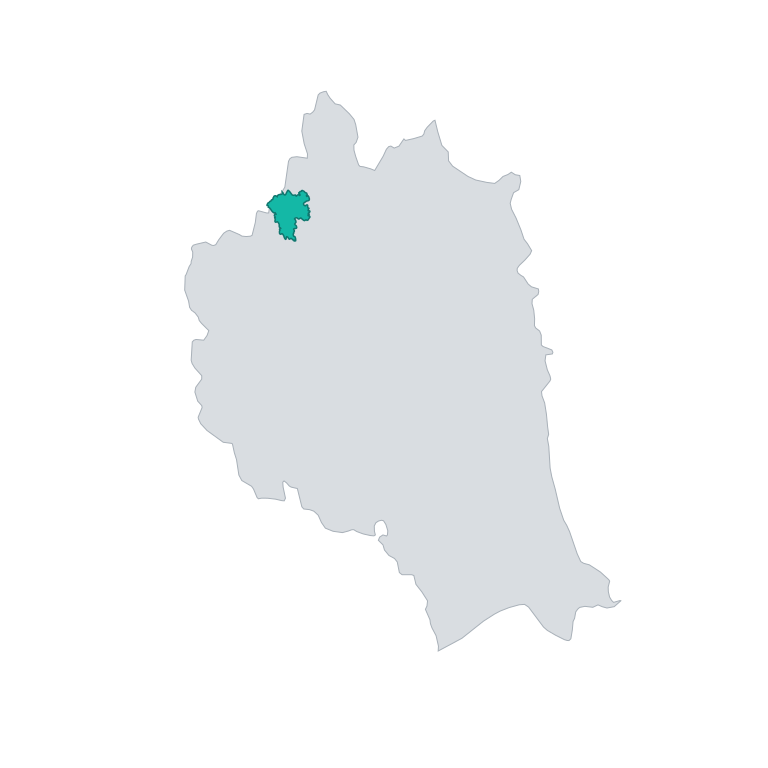 Horki, Mogilev, Belarus (highlighted), rotated 254°
{"feature_id": "67162791B10713618148259", "entity_name": "Horki", "entity_type": "district", "adm_level": 2, "iso_a3": "BLR", "parent_name": "Belarus", "parent_adm1": "Mogilev", "projection": "equal_earth", "projection_center": [30.973, 54.207], "detail": "fine", "context": "in_parent", "style": "filled", "palette": "teal", "viewbox_px": 768, "rotation_deg": 254, "n_neighbors": 0, "source": "geoboundaries", "source_scale": "gbopen_adm2", "svg_char_len": 8843}
<svg xmlns="http://www.w3.org/2000/svg" viewBox="0 0 768 768"><g transform="rotate(254 384 384)"><path d="M623.5,505.7L611.6,505.2L597.4,505.4L589.4,509.7L580.7,507.6L574.5,510.0L560.3,522.0L554.8,528.4L549.5,538.3L546.3,545.7L548.1,550.8L550.7,555.6L551.2,560.8L552.5,564.8L549.0,567.8L547.0,572.0L541.0,571.3L533.7,567.2L532.2,561.3L526.5,557.2L522.9,555.1L516.8,554.8L507.0,556.7L494.2,558.1L484.6,558.5L479.3,560.6L471.5,562.7L468.5,560.2L464.3,553.6L460.8,546.9L458.5,544.0L456.3,543.2L453.7,543.4L450.7,545.5L448.5,547.6L440.4,550.1L436.8,552.5L432.8,558.6L430.2,558.2L427.6,556.8L424.6,549.9L420.4,548.4L413.7,548.3L405.3,546.8L398.6,544.7L396.1,545.2L392.0,548.2L387.6,548.6L378.1,546.0L376.2,547.2L370.5,554.7L367.9,555.1L366.5,554.1L367.4,547.6L361.9,545.2L352.6,544.9L346.0,545.8L342.7,545.6L341.1,544.3L333.3,533.3L329.1,532.6L321.5,533.2L310.2,531.8L297.3,529.4L290.2,528.4L286.6,526.0L278.6,525.2L257.4,520.5L248.6,519.7L235.7,519.6L216.1,518.6L203.5,519.2L197.7,520.7L190.9,521.7L167.5,522.9L159.1,524.2L156.6,526.5L153.6,531.5L143.6,540.2L134.0,546.1L132.3,546.6L127.0,543.5L122.5,542.4L117.1,542.1L113.3,543.1L110.8,544.5L110.8,551.3L110.3,551.9L106.5,543.9L107.2,536.6L109.7,532.5L112.7,528.8L111.8,523.2L114.9,515.8L115.3,510.5L114.2,508.2L112.1,505.5L106.2,502.6L103.6,500.3L95.6,497.2L87.6,493.4L86.4,491.1L86.9,489.5L88.4,487.1L95.0,479.9L102.1,473.1L106.5,470.3L129.7,461.5L133.4,458.4L134.5,453.2L134.6,442.7L133.7,433.1L132.3,426.5L128.6,414.2L118.1,388.8L112.4,362.5L117.0,364.1L127.7,364.7L136.3,362.9L140.8,362.6L144.7,363.2L156.0,361.7L158.7,364.1L163.6,366.1L173.7,363.1L182.6,359.5L191.7,359.9L193.1,358.0L195.7,348.8L198.5,346.8L209.3,347.7L213.4,346.0L217.8,341.5L224.3,338.7L229.6,338.7L235.3,335.5L238.0,337.6L239.2,341.4L237.2,344.5L238.0,345.7L241.8,347.2L248.4,347.1L252.6,345.9L253.7,344.1L253.8,341.0L252.9,338.0L250.2,335.5L245.0,334.2L241.3,334.1L240.8,332.5L242.1,329.1L245.6,322.7L249.8,317.0L252.3,314.8L252.8,312.8L252.5,309.3L252.6,303.1L256.5,294.4L261.6,287.9L268.1,285.7L276.0,284.6L281.1,281.5L283.7,277.9L286.0,272.4L288.6,271.2L307.4,271.9L310.5,266.3L312.1,264.8L315.8,263.1L318.4,261.2L317.5,259.6L312.7,258.6L301.4,257.8L299.2,255.9L300.0,253.7L303.2,248.0L306.3,240.6L308.0,234.9L308.3,231.6L309.9,230.7L319.1,229.6L322.2,228.5L330.4,220.7L336.5,219.4L352.0,221.4L359.1,221.2L368.2,221.8L369.0,221.0L372.3,213.4L388.0,201.1L396.3,196.9L401.5,196.0L403.3,196.2L411.4,202.6L413.4,202.9L418.9,200.2L428.4,200.0L432.8,202.2L438.9,210.1L442.2,211.1L451.5,206.6L456.6,205.2L460.0,205.2L477.3,211.3L478.5,213.3L478.6,215.6L475.8,222.8L479.4,227.3L483.6,230.3L492.6,225.3L495.9,223.9L499.5,223.9L504.4,222.0L507.9,219.3L511.2,218.3L517.6,219.0L529.2,218.3L542.7,222.7L543.8,224.0L550.6,229.1L552.9,231.7L555.1,232.5L558.7,235.0L563.5,236.5L566.9,236.1L568.5,236.9L570.0,238.9L570.1,242.2L569.6,251.8L564.7,256.9L564.1,258.6L564.3,260.7L568.2,264.9L573.1,271.4L574.3,275.1L574.3,277.9L567.5,286.2L565.3,288.2L563.7,292.3L562.9,296.4L563.3,298.2L574.7,304.8L583.1,308.4L585.0,310.1L585.1,311.2L580.7,318.4L580.2,320.3L587.0,323.3L590.7,327.9L594.0,335.6L600.5,342.9L624.4,353.6L626.5,355.6L627.3,357.9L626.5,362.9L622.2,372.5L626.3,373.9L636.9,373.5L649.8,374.7L665.2,381.5L665.3,384.6L663.8,387.4L664.9,390.3L666.6,392.8L680.0,400.4L681.3,402.7L681.6,406.4L681.3,409.1L677.6,409.7L673.5,411.0L666.8,414.2L664.2,418.9L653.3,425.2L646.6,428.1L641.2,428.3L628.4,427.0L623.9,423.8L622.1,420.9L617.1,419.6L610.6,419.5L601.6,420.0L599.8,420.9L598.3,424.4L594.5,430.5L591.8,433.9L603.2,446.0L609.0,451.0L610.9,454.0L610.8,456.2L608.0,458.8L608.5,463.9L614.1,470.7L612.2,471.8L611.7,480.1L611.8,489.1L613.3,491.2L616.3,493.0L618.9,496.3L623.2,503.8L623.5,505.7Z" fill="#d9dde1" stroke="#a8b0b8" stroke-width="1"/><path d="M596.4,339.2L596.1,339.2L595.1,339.0L594.7,338.3L594.6,337.4L594.8,336.3L595.0,335.5L594.9,335.0L594.8,334.2L594.2,333.3L593.5,332.9L594.0,332.5L594.7,331.9L594.9,331.4L595.0,330.8L594.8,330.0L594.1,329.4L593.3,328.6L592.6,328.3L592.0,327.8L592.1,327.3L591.9,326.5L591.5,326.1L591.0,325.6L591.0,324.8L590.6,324.1L590.0,323.4L590.1,323.1L590.0,322.4L589.6,322.1L588.9,321.2L587.9,320.8L587.5,321.7L587.1,321.9L586.1,321.6L585.9,321.5L585.4,322.1L584.7,322.6L584.2,322.9L583.4,323.2L582.7,323.4L582.1,323.5L581.5,323.7L581.0,324.0L580.1,324.4L579.5,324.8L578.9,325.3L578.7,325.6L578.7,326.0L578.7,326.5L577.7,326.9L577.1,326.9L577.3,326.5L577.1,325.8L576.8,325.6L576.5,325.1L575.8,325.0L575.3,325.3L574.4,325.4L574.2,325.4L574.1,324.8L573.2,324.8L572.6,324.9L572.0,324.7L571.3,324.4L570.8,324.1L570.1,324.0L569.6,324.2L569.3,324.6L569.3,325.0L569.4,325.6L569.4,326.1L569.1,326.4L568.6,326.7L568.0,326.9L567.5,327.1L566.5,327.2L565.8,327.2L565.3,327.1L565.0,326.8L564.2,326.7L563.5,326.7L563.2,326.9L562.6,327.5L562.0,327.6L561.9,327.1L561.9,326.6L561.6,326.2L561.2,326.3L560.5,326.3L560.4,326.3L560.2,326.0L559.9,325.8L559.3,325.5L558.5,325.3L557.9,325.1L557.2,325.2L556.9,325.3L556.5,325.8L556.4,326.2L556.4,326.4L556.6,326.7L556.7,327.1L556.5,327.6L556.0,327.9L555.3,328.2L554.7,328.3L553.9,328.5L553.0,328.5L551.8,328.6L551.0,328.8L550.5,329.0L550.2,329.2L550.2,329.5L550.3,329.7L550.9,330.1L551.6,330.4L552.0,330.6L552.4,331.0L552.2,331.4L552.0,331.7L551.4,332.1L550.2,332.4L549.5,332.7L549.2,333.2L549.3,333.6L549.5,334.0L549.6,334.7L549.2,335.3L548.3,335.7L547.7,336.1L547.2,336.6L547.2,337.1L547.0,337.4L546.5,337.5L546.2,337.3L546.0,338.0L546.0,338.5L546.5,338.8L547.6,339.0L548.1,339.1L549.1,339.1L550.1,339.0L550.5,338.6L550.7,338.4L550.7,338.2L550.9,337.9L551.6,337.8L552.4,337.9L553.0,338.0L553.4,338.2L553.8,338.6L553.9,338.9L554.2,339.0L554.7,339.0L555.0,339.3L555.2,339.6L555.6,340.0L556.3,340.1L557.0,339.9L557.4,339.8L557.8,339.8L558.1,340.2L558.1,340.6L558.1,340.9L557.9,341.5L557.9,341.9L557.9,342.4L557.9,342.7L558.1,343.0L558.4,343.2L559.2,343.3L559.4,343.3L560.1,343.3L560.5,343.1L560.9,342.9L561.1,342.7L561.4,342.5L561.7,342.4L562.0,342.3L562.4,342.3L562.7,342.6L563.0,343.0L563.3,343.4L563.5,343.7L563.8,344.0L564.4,344.1L564.9,344.2L565.2,344.1L565.9,344.1L566.3,344.0L566.6,343.8L567.0,343.6L567.3,343.5L567.6,343.6L567.8,344.0L567.9,344.4L567.9,344.6L568.0,345.0L568.0,345.4L567.9,345.8L567.8,346.0L567.5,346.3L567.1,346.6L566.7,346.8L566.2,347.2L566.1,347.8L566.1,348.2L566.2,348.6L566.4,348.9L566.5,349.2L566.5,349.6L566.5,349.8L566.4,349.9L566.1,350.2L565.6,350.4L565.2,350.7L564.3,351.3L563.4,352.0L563.0,352.4L563.0,353.0L563.1,353.4L563.3,353.8L563.4,354.1L563.2,354.5L562.8,354.9L562.5,355.1L562.5,355.5L562.6,356.0L562.7,356.4L562.9,356.6L563.1,356.8L563.3,356.9L563.7,357.3L563.9,357.6L564.1,357.9L564.6,358.6L564.9,358.8L565.2,358.9L565.6,358.8L565.9,358.7L566.2,358.2L566.3,358.0L566.7,357.5L566.9,357.5L567.3,357.6L567.3,357.8L567.3,358.3L567.4,358.7L567.7,358.7L568.1,358.6L568.4,358.2L568.9,358.2L569.1,358.4L569.3,358.7L569.1,359.2L569.4,359.6L569.6,359.8L570.0,360.1L570.3,360.3L570.5,360.4L570.9,360.2L571.1,359.9L571.2,359.6L571.2,359.2L571.5,358.9L571.8,358.9L572.3,359.1L572.5,359.4L572.8,359.6L573.1,359.9L573.3,360.2L573.6,360.1L573.9,360.1L574.0,359.9L574.2,359.4L574.7,359.4L575.2,359.4L575.6,359.5L576.1,359.8L576.4,359.8L576.7,359.8L577.0,359.8L577.3,359.6L577.4,359.4L577.4,359.0L577.4,358.6L577.2,358.1L577.0,357.7L577.0,357.3L577.2,357.1L577.5,356.8L577.7,356.6L578.2,356.3L578.8,356.2L579.5,356.3L579.8,356.6L580.1,356.9L580.3,357.3L580.5,357.7L580.6,358.1L580.6,358.5L580.7,358.8L581.0,359.2L581.1,359.5L581.1,359.8L581.2,360.2L581.1,360.8L581.1,361.2L581.1,361.6L581.1,362.1L581.2,362.4L581.4,362.7L581.7,363.0L582.0,363.1L582.5,363.3L583.2,363.3L583.7,363.3L584.2,363.3L584.7,363.3L585.0,363.1L585.6,363.0L585.8,362.9L585.9,362.7L585.9,362.4L585.8,362.0L585.6,361.8L585.6,361.5L585.9,361.4L586.3,361.3L586.7,361.5L586.8,361.8L586.9,362.0L587.0,362.3L587.3,362.4L587.6,362.4L588.1,362.3L588.5,362.2L588.9,362.2L589.1,361.8L589.4,361.5L589.5,361.3L589.8,361.0L590.3,360.7L590.6,360.6L591.1,360.4L591.3,360.2L591.5,359.9L591.9,359.5L592.2,359.3L592.5,358.9L592.6,358.7L592.6,358.2L592.3,357.9L592.0,357.6L592.0,357.3L592.1,356.9L592.1,356.3L591.8,356.0L591.6,355.6L591.5,355.3L591.4,354.9L590.9,354.7L590.7,354.7L590.3,355.0L590.2,355.2L589.9,355.3L589.4,355.4L588.7,355.3L588.5,354.9L589.0,354.6L589.4,354.4L589.4,354.1L589.5,353.7L589.5,353.0L589.3,352.6L589.2,352.2L588.9,351.9L588.8,351.5L589.1,351.2L589.5,351.1L590.1,350.9L590.2,350.1L590.3,349.5L590.3,349.1L590.5,348.7L590.7,348.2L591.2,347.8L592.0,347.5L592.6,347.2L593.3,347.0L593.8,346.8L594.2,346.6L594.9,346.4L595.4,346.1L595.9,345.8L596.1,345.7L596.3,345.5L596.6,345.3L596.6,344.8L596.3,344.5L595.9,344.2L595.6,343.9L595.2,343.4L594.6,342.9L594.1,342.5L593.8,342.2L593.4,341.9L593.1,341.5L593.0,341.1L593.1,340.6L593.3,340.4L593.5,340.3L593.7,340.0L594.9,339.7L595.3,339.7L595.9,339.5L596.4,339.2Z" fill="#14b8a6" stroke="#0f766e" stroke-width="1.5"/></g></svg>